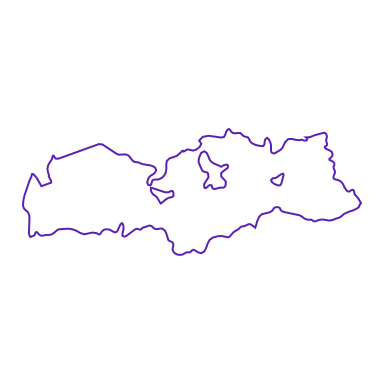 the Region of Batken
{"feature_id": "KGZ-1119", "entity_name": "Batken", "entity_type": "Region", "adm_level": 1, "iso_a3": "KGZ", "parent_name": "Kyrgyzstan", "parent_adm1": "", "projection": "equal_earth", "projection_center": [71.05, 39.853], "detail": "fine", "context": "isolated", "style": "outline", "palette": "violet", "viewbox_px": 384, "rotation_deg": 0, "n_neighbors": 0, "source": "natural_earth", "source_scale": "10m", "svg_char_len": 5384}
<svg xmlns="http://www.w3.org/2000/svg" viewBox="0 0 384 384"><path d="M305.2,140.7L306.7,140.3L307.3,138.9L306.7,137.8L306.1,137.4L309.7,137.2L314.7,135.2L323.6,132.8L325.1,133.1L326.2,134.0L326.9,136.1L326.8,137.4L326.2,139.8L326.3,141.2L326.5,142.3L327.1,143.8L326.9,145.1L326.2,145.9L325.2,146.5L324.7,147.1L325.0,147.9L326.0,148.8L330.2,150.7L331.6,151.8L332.4,153.2L332.5,155.2L331.8,156.7L329.7,158.7L329.3,159.2L329.5,159.9L332.7,161.5L333.7,162.4L334.3,163.3L334.4,164.7L334.1,165.6L333.6,166.5L333.6,167.6L333.9,168.9L334.8,170.9L335.0,172.3L334.7,173.6L334.1,174.7L333.7,176.0L333.5,177.1L333.6,178.0L334.0,178.8L335.1,179.3L337.7,180.0L339.1,180.5L340.8,181.6L341.9,182.6L343.0,184.1L344.5,187.3L346.7,190.7L348.4,191.6L349.4,191.5L351.2,190.2L352.2,189.8L353.2,190.0L353.9,190.8L354.5,193.6L355.1,194.9L356.4,196.2L358.6,198.9L361.0,203.2L359.6,204.9L359.1,206.4L358.7,207.1L358.1,207.7L357.2,208.3L353.6,210.2L348.6,211.8L343.8,214.1L341.1,216.5L340.0,217.3L338.4,217.9L335.2,218.9L332.9,219.9L329.3,220.6L322.9,219.5L319.7,219.8L318.1,220.2L315.9,221.1L314.9,221.4L313.8,221.3L311.8,220.0L311.0,219.6L309.5,219.8L308.0,219.7L305.9,219.2L304.5,218.6L302.3,216.9L301.5,216.4L300.8,215.9L299.3,215.2L284.3,212.1L282.7,211.5L281.3,210.7L280.5,209.9L279.9,208.1L279.1,207.5L277.7,207.2L275.9,207.2L274.6,207.7L273.8,208.3L272.8,210.0L271.6,211.2L269.7,212.3L261.9,214.2L259.4,216.5L257.3,220.9L257.0,221.7L256.1,225.5L255.2,227.7L253.5,226.2L250.1,224.1L248.3,224.3L244.8,226.0L241.9,226.5L240.9,226.9L240.2,227.4L238.8,228.9L238.0,229.5L234.5,231.5L233.1,232.6L229.8,236.4L228.7,237.2L227.5,237.2L221.7,236.0L217.4,236.3L213.1,237.5L209.8,239.7L207.7,243.4L206.2,247.8L204.3,251.5L201.0,253.2L198.2,252.4L195.7,250.8L193.5,249.7L191.6,250.7L190.3,252.1L189.5,252.4L188.6,252.3L187.1,252.3L185.8,252.7L182.7,254.5L179.9,254.9L176.8,254.4L174.1,252.7L172.6,250.0L172.7,248.3L173.1,246.5L173.4,244.7L172.8,242.8L171.8,241.9L169.4,240.9L168.3,240.0L168.3,239.9L166.3,233.4L164.9,230.6L162.4,228.7L160.6,228.5L156.9,229.2L155.1,229.0L153.9,228.2L151.6,226.1L150.2,225.6L148.4,225.8L145.1,227.1L143.4,227.4L142.4,227.8L141.8,228.5L141.3,229.2L140.7,229.6L139.7,229.6L137.6,228.9L136.5,228.8L135.2,229.3L126.1,236.1L124.3,236.6L122.5,235.9L122.4,234.0L123.5,229.2L123.5,226.9L123.0,224.4L122.0,223.1L120.5,224.3L117.6,230.6L116.7,231.8L115.0,232.4L113.4,231.8L110.0,229.8L107.9,229.3L105.7,229.3L103.6,229.9L101.9,231.5L100.3,233.8L99.4,234.5L96.3,233.1L92.2,232.6L84.3,234.3L80.3,233.0L76.1,230.6L72.1,229.2L67.9,228.7L59.1,229.3L57.3,230.0L53.9,233.0L52.1,234.1L50.3,234.8L48.3,235.0L46.1,235.0L41.7,235.8L39.6,235.0L37.2,232.4L36.6,232.0L35.6,232.5L35.2,233.3L35.0,234.4L34.3,235.4L30.3,237.0L28.9,233.8L29.5,217.9L29.2,215.3L28.4,213.1L27.0,211.3L25.2,209.8L23.7,208.0L23.0,205.5L23.4,200.3L24.6,195.1L29.4,180.9L31.4,176.5L31.8,175.1L31.8,174.3L32.2,174.0L33.6,174.3L36.6,177.7L41.4,186.2L51.2,182.6L51.1,180.9L48.8,176.5L48.9,175.6L48.8,174.7L48.6,173.9L48.2,173.1L47.4,168.9L48.1,165.5L49.7,162.5L51.8,159.4L52.1,158.5L52.6,156.2L53.1,155.6L53.9,155.9L54.9,157.9L55.6,158.6L57.2,158.7L58.9,158.5L98.9,144.1L102.5,144.5L116.9,154.0L119.1,154.7L124.1,154.4L126.5,154.6L128.7,155.7L130.1,157.4L131.4,159.2L133.0,161.0L134.8,162.0L138.4,162.4L142.3,164.1L150.3,165.4L152.9,166.2L155.2,167.8L156.2,170.2L154.7,173.1L153.1,174.3L151.4,175.2L149.9,176.3L148.6,178.1L147.6,180.6L147.3,183.0L148.1,184.7L150.3,185.5L151.2,184.4L152.0,181.4L152.7,180.2L153.9,179.6L158.2,179.5L160.4,178.7L162.4,177.4L164.2,175.5L165.6,173.1L166.4,168.5L166.3,164.4L166.8,161.0L169.5,158.4L176.0,156.2L177.4,155.4L181.3,152.0L182.0,151.1L182.3,150.8L182.9,150.7L183.4,151.0L183.7,151.3L183.8,151.5L185.6,150.5L186.3,149.9L187.7,149.4L193.1,150.6L196.2,149.6L199.6,147.0L201.3,143.8L199.2,140.5L202.9,136.8L208.8,135.8L220.6,137.5L223.8,137.1L225.2,134.9L226.1,132.0L227.7,129.5L229.1,129.1L230.1,129.9L231.0,131.3L232.1,132.5L233.5,133.2L235.2,133.3L238.3,133.0L240.4,133.1L243.6,136.1L248.1,137.5L249.1,139.1L249.9,141.1L251.7,142.9L253.9,144.2L256.2,145.1L261.0,146.1L263.5,145.9L264.4,144.3L264.6,142.0L265.2,139.5L267.1,137.8L268.9,139.4L270.3,142.4L271.0,145.1L271.0,150.6L271.6,152.6L273.7,153.5L275.1,153.1L280.4,149.9L282.1,148.3L283.1,146.5L285.0,142.3L288.2,139.1L291.9,138.9L295.9,139.9L299.9,140.2L301.0,139.8L301.6,139.7L302.4,139.9L303.6,140.4L305.2,140.7ZM221.3,166.7L220.6,166.6L220.2,166.3L219.8,166.0L214.1,163.6L211.4,161.8L209.6,159.6L208.2,156.0L206.5,152.7L204.2,151.3L201.1,153.0L199.3,157.2L198.7,159.5L198.6,161.7L199.2,163.9L201.7,169.4L202.8,171.1L204.2,171.8L206.9,172.4L208.0,173.4L208.5,177.2L204.1,184.1L204.3,187.5L205.6,188.2L207.0,187.3L208.4,185.9L209.6,185.1L211.5,185.2L212.0,186.3L212.2,187.8L213.4,188.9L214.9,189.0L219.7,187.7L223.1,187.7L224.5,187.1L225.6,185.5L225.8,181.4L221.3,176.5L221.1,173.1L222.8,171.5L227.5,168.1L228.1,166.1L227.4,164.8L226.1,164.6L223.5,165.3L223.0,165.6L221.8,166.5L221.3,166.7ZM152.5,188.1L150.9,188.0L150.8,190.1L151.6,192.3L152.9,194.2L156.4,196.7L157.4,198.0L160.3,203.0L160.8,203.5L166.1,199.2L169.0,197.7L172.3,197.0L173.4,196.0L173.5,193.6L172.8,191.2L171.5,190.9L168.3,192.3L164.8,192.2L152.5,188.1ZM278.7,185.5L280.3,185.2L281.3,183.6L283.6,175.1L283.1,173.7L280.6,174.5L276.9,177.3L275.1,178.1L272.6,178.3L271.0,180.3L272.0,182.2L274.1,183.8L276.1,184.7L278.7,185.5Z" fill="none" stroke="#5b21b6" stroke-width="2"/></svg>